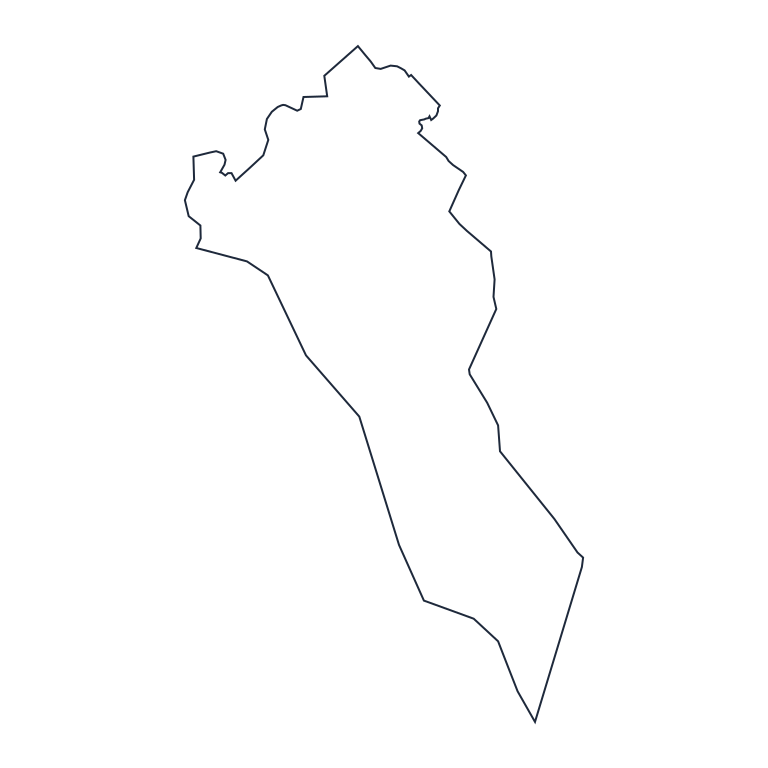 outline of Ogu Bolo, Rivers, Nigeria
{"feature_id": "59680162B82820769085578", "entity_name": "Ogu Bolo", "entity_type": "district", "adm_level": 2, "iso_a3": "NGA", "parent_name": "Nigeria", "parent_adm1": "Rivers", "projection": "natural_earth1", "projection_center": [7.196, 4.622], "detail": "fine", "context": "isolated", "style": "outline", "palette": "slate", "viewbox_px": 768, "rotation_deg": 0, "n_neighbors": 0, "source": "geoboundaries", "source_scale": "gbopen_adm2", "svg_char_len": 1288}
<svg xmlns="http://www.w3.org/2000/svg" viewBox="0 0 768 768"><path d="M583.1,557.6L577.5,552.5L554.4,519.0L500.0,451.3L498.1,425.4L487.2,402.8L469.7,374.3L469.0,369.5L496.3,309.0L493.5,296.9L494.6,279.4L491.3,256.3L491.0,251.5L466.9,230.9L459.4,223.9L449.3,211.4L458.7,190.3L465.9,175.4L463.2,172.0L453.0,165.0L448.6,161.0L446.2,157.0L418.2,133.1L420.7,130.9L422.2,128.3L421.7,125.4L419.5,123.6L419.2,121.5L420.1,120.2L424.3,119.4L425.7,118.7L428.5,118.1L429.5,116.3L431.2,120.0L433.1,118.6L436.4,115.5L438.0,111.2L438.0,108.3L439.8,105.5L419.3,83.8L411.1,75.0L408.9,76.6L404.6,70.4L401.2,68.4L397.1,66.3L390.6,65.6L380.7,68.9L375.3,68.0L370.7,61.5L365.3,55.1L357.9,46.1L324.3,75.8L327.2,96.3L303.5,97.0L300.8,109.0L297.2,110.7L285.4,105.2L283.1,104.9L281.3,105.4L277.7,107.0L271.8,111.8L266.9,119.0L264.8,129.4L268.3,139.9L263.3,155.3L250.6,167.1L235.6,180.7L231.5,173.1L228.1,173.1L225.3,175.5L221.9,172.8L220.2,172.3L224.5,164.7L225.6,159.9L223.2,153.7L216.2,151.2L210.1,152.5L193.4,156.6L194.1,179.8L187.7,192.2L184.9,200.2L188.7,216.2L200.4,225.5L200.7,238.4L196.3,248.0L247.0,261.4L267.9,275.4L306.0,355.4L359.3,416.6L399.0,544.9L423.9,600.6L473.7,618.7L498.1,641.3L507.7,666.0L517.6,691.3L535.0,721.9L581.9,567.0L583.1,557.6Z" fill="none" stroke="#1e293b" stroke-width="2"/></svg>